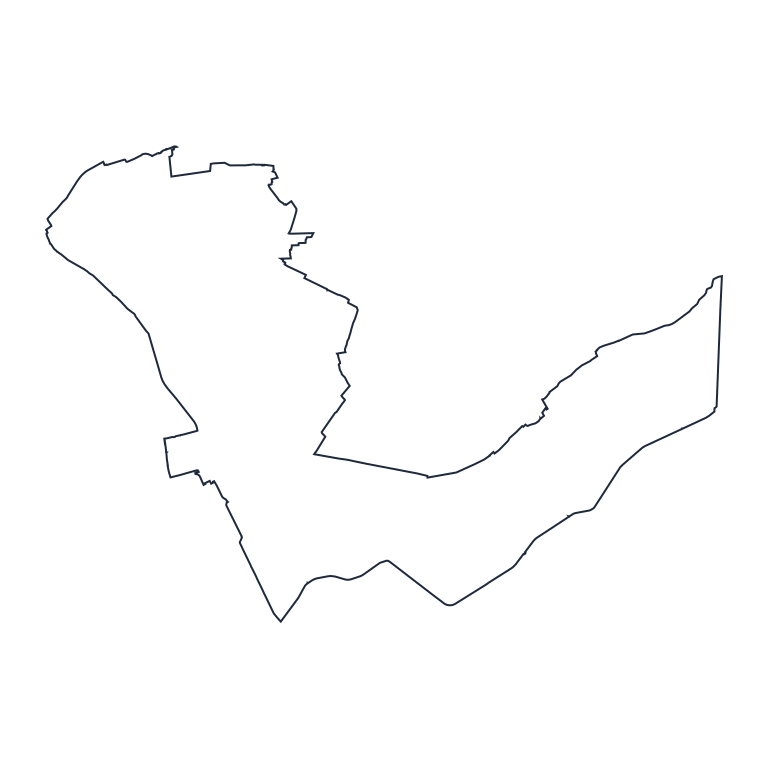 Heerenveen, Friesland, Netherlands (Mercator projection)
{"feature_id": "6326949B66729090316548", "entity_name": "Heerenveen", "entity_type": "district", "adm_level": 2, "iso_a3": "NLD", "parent_name": "Netherlands", "parent_adm1": "Friesland", "projection": "mercator", "projection_center": [5.979, 52.998], "detail": "fine", "context": "isolated", "style": "outline", "palette": "slate", "viewbox_px": 768, "rotation_deg": 0, "n_neighbors": 0, "source": "geoboundaries", "source_scale": "gbopen_adm2", "svg_char_len": 6014}
<svg xmlns="http://www.w3.org/2000/svg" viewBox="0 0 768 768"><path d="M280.8,621.6L298.3,597.9L305.1,585.6L306.6,584.1L308.4,582.8L308.3,582.7L308.6,582.7L312.3,580.2L314.5,579.1L316.7,578.4L327.8,576.3L330.8,576.0L335.0,576.5L345.7,579.6L348.3,579.8L350.7,579.4L359.8,576.4L361.7,575.6L364.2,574.0L380.0,562.8L386.6,560.7L388.0,560.8L389.8,561.8L431.5,593.9L444.7,603.9L447.0,604.9L449.2,605.3L451.4,605.2L453.5,604.7L455.1,603.9L487.6,583.6L487.7,583.3L510.9,568.6L512.9,567.2L515.6,564.5L523.4,554.1L523.7,554.0L524.2,554.3L524.7,554.1L525.6,552.8L525.5,552.5L525.0,552.2L533.4,541.0L534.9,539.4L536.5,538.0L568.3,517.1L569.2,516.5L569.1,516.4L569.5,516.5L569.8,516.1L573.5,513.7L575.8,513.0L589.4,510.5L591.0,509.8L593.0,508.6L594.1,507.7L595.2,506.1L620.2,467.3L622.4,465.0L642.0,448.0L643.4,447.0L645.4,445.9L680.8,429.5L682.5,428.7L682.4,428.5L682.6,428.5L684.0,428.0L705.9,417.8L709.1,415.8L714.4,411.6L714.5,408.3L716.6,406.6L720.3,310.5L721.9,276.1L718.3,276.9L713.6,279.2L712.7,281.8L712.0,286.0L710.9,287.6L707.3,288.9L706.6,290.2L706.0,292.9L704.4,295.2L699.2,299.8L697.2,304.0L692.0,308.3L689.4,311.5L674.7,322.4L671.9,324.0L668.9,325.1L664.7,325.7L653.5,330.2L644.6,333.4L632.7,334.5L618.7,340.9L618.6,340.7L613.9,342.6L603.8,345.7L599.5,347.5L596.8,350.1L597.0,350.4L595.6,351.6L595.8,352.0L596.1,353.7L597.2,356.1L591.6,359.8L590.3,361.0L582.0,365.3L576.2,369.8L571.0,375.3L560.3,381.7L558.8,383.3L557.3,386.2L549.4,392.1L549.5,392.7L549.1,393.3L546.5,396.7L544.4,398.7L542.2,399.5L547.6,408.8L546.4,409.5L545.6,408.1L545.2,408.5L542.3,412.8L544.0,415.8L540.6,418.7L540.3,418.3L540.3,418.7L538.6,421.2L535.5,423.3L530.0,424.9L527.9,425.9L527.2,425.9L525.4,424.6L523.3,426.8L522.4,426.1L522.2,426.1L516.4,432.0L509.4,438.2L508.4,440.3L507.8,441.1L500.3,448.8L498.4,450.6L494.5,453.5L493.4,452.0L489.5,455.4L489.7,455.7L483.9,459.7L474.0,464.5L456.3,472.5L427.5,477.6L427.4,475.9L417.4,473.5L365.6,463.6L346.9,459.7L338.9,458.6L314.2,454.2L315.3,452.5L316.2,451.5L325.3,436.7L322.0,433.1L321.8,432.6L321.7,432.1L335.1,412.8L335.3,412.6L336.4,412.2L342.3,403.6L343.4,402.3L344.9,400.2L344.7,399.5L343.2,398.1L341.4,395.7L349.7,385.9L347.7,382.9L344.9,377.4L341.8,374.3L341.5,372.9L340.3,370.7L339.6,368.8L339.3,366.5L338.7,364.9L339.3,363.8L340.1,363.3L340.2,363.0L338.5,357.7L338.0,355.2L337.0,353.6L345.5,352.2L345.0,350.7L344.9,349.4L346.1,345.8L346.4,345.6L347.3,341.3L348.3,339.1L348.8,338.5L349.3,336.3L350.5,332.6L351.1,330.0L353.1,323.1L355.1,318.6L357.6,310.8L357.7,310.1L356.7,307.3L348.1,302.8L348.8,299.8L345.4,297.5L339.3,294.9L338.0,294.8L327.5,289.8L327.6,290.2L327.3,290.3L327.1,289.2L304.4,278.1L305.9,274.9L287.7,266.3L284.6,264.4L284.5,264.1L285.3,263.0L285.3,262.6L283.1,261.4L283.1,260.2L282.8,260.0L282.8,259.8L281.0,258.7L290.8,258.4L290.6,256.5L290.2,255.4L290.2,253.6L289.8,251.4L289.8,250.3L289.9,249.9L291.2,249.7L291.2,248.4L291.7,247.9L291.8,245.4L298.5,245.2L298.6,243.4L298.9,243.1L305.5,242.9L305.7,242.1L305.6,240.0L306.2,239.3L306.8,237.3L311.1,237.1L311.6,236.6L313.3,233.1L292.4,233.7L289.7,233.7L288.7,233.4L290.7,229.9L294.5,217.8L296.5,210.5L296.3,210.1L296.4,208.8L291.3,201.2L286.1,204.9L285.5,204.2L284.3,204.6L283.2,203.3L280.8,201.9L279.0,200.3L277.2,197.6L270.6,189.1L269.3,187.0L268.5,185.4L268.7,184.7L270.9,184.6L271.6,184.3L271.7,182.3L272.3,182.0L271.6,179.3L277.6,177.7L275.0,172.3L272.6,171.5L273.7,169.9L273.8,169.4L273.5,169.3L273.4,165.9L264.5,164.8L264.1,165.3L263.8,165.1L263.4,165.4L262.3,165.4L262.4,164.8L255.4,164.7L253.9,164.4L245.7,165.3L230.5,165.4L229.6,165.3L224.6,162.8L213.5,163.4L210.8,163.9L210.1,171.0L171.4,176.6L169.4,156.8L169.9,156.7L171.8,155.7L171.9,155.1L172.4,154.6L172.0,149.9L172.2,149.7L173.6,149.7L174.0,149.2L173.7,147.6L173.8,147.1L174.5,146.7L175.5,147.2L176.6,146.9L176.1,146.6L175.0,146.4L173.6,146.6L171.8,147.6L171.3,147.6L170.7,147.9L170.4,148.4L169.4,148.4L167.2,149.2L166.8,148.9L166.2,149.0L165.8,149.4L165.9,149.7L164.0,150.2L162.4,150.9L162.0,151.6L160.9,152.2L160.9,152.7L160.5,153.1L159.3,153.4L159.2,153.1L158.5,153.0L157.8,153.4L156.9,153.5L156.1,154.2L154.8,154.6L152.1,156.1L151.0,155.3L147.8,154.0L145.1,153.7L143.2,154.1L142.2,154.4L141.2,155.3L134.6,158.7L127.2,161.9L126.6,161.9L126.2,161.6L125.2,159.8L124.5,159.6L107.2,164.9L106.6,165.0L106.3,164.6L104.6,165.1L104.4,164.9L103.7,162.7L103.2,161.8L87.7,170.4L85.3,172.0L82.4,174.6L80.2,177.0L76.9,181.6L67.8,196.0L67.1,197.5L65.4,199.4L62.8,201.8L57.0,208.8L54.9,211.0L52.6,213.0L47.5,218.8L48.1,220.5L51.1,225.2L51.4,226.0L46.1,229.7L46.2,230.2L47.0,231.0L47.0,231.5L47.6,232.7L47.5,233.0L46.5,233.5L46.6,234.7L47.3,236.6L47.7,237.8L48.5,239.1L50.1,243.5L50.3,243.4L52.0,245.6L53.9,248.7L56.3,250.8L57.2,251.8L58.1,252.2L59.4,253.3L61.0,254.2L68.1,260.1L84.6,269.5L87.3,271.4L89.1,273.1L93.2,275.6L108.0,289.8L111.2,292.7L112.4,294.0L112.8,295.1L115.9,296.9L117.0,297.9L120.8,301.5L127.3,308.6L131.4,311.8L133.8,313.5L134.8,314.5L135.5,316.3L145.8,330.5L148.5,333.5L158.4,367.3L161.2,377.1L162.5,380.6L164.5,384.2L167.9,388.8L176.5,399.0L194.1,421.6L195.1,423.3L196.2,425.5L196.9,427.7L197.2,429.2L197.4,430.7L196.2,431.1L182.7,434.7L180.6,435.0L180.0,435.5L179.4,435.4L175.5,436.3L174.9,436.9L173.4,437.2L172.4,437.0L166.5,438.4L164.3,438.6L164.8,442.6L165.0,442.3L166.3,452.0L166.1,452.0L166.2,452.6L166.4,452.6L166.2,452.8L166.4,453.4L166.7,456.8L166.8,458.7L167.8,465.3L167.6,465.3L167.6,465.7L168.9,472.1L170.5,477.4L179.4,475.2L196.7,470.3L197.9,470.4L198.7,471.9L195.3,472.9L195.5,474.0L197.5,474.3L198.5,474.9L199.4,475.7L199.9,476.5L203.6,484.9L205.2,484.0L204.6,483.4L209.7,480.9L211.2,483.7L212.9,482.8L213.0,481.7L214.1,481.2L216.7,485.5L222.2,496.8L223.4,498.0L225.9,499.5L227.2,501.4L227.8,501.9L226.8,502.4L226.2,504.7L226.4,505.6L241.0,535.0L241.7,536.3L241.5,536.8L241.9,537.7L239.8,542.2L239.8,542.6L239.9,542.9L243.4,550.4L250.5,565.0L251.3,567.0L251.9,568.0L256.4,577.1L256.7,578.0L262.1,589.1L264.2,593.7L265.9,597.1L273.3,612.5L273.9,613.6L277.1,617.5L280.8,621.6Z" fill="none" stroke="#1e293b" stroke-width="2"/></svg>